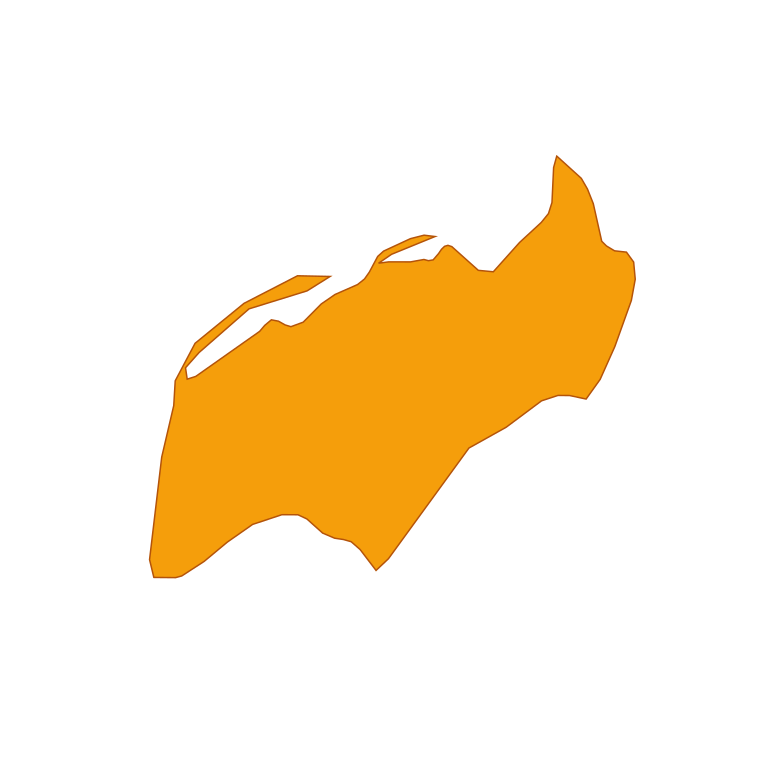 Luanda, Equal Earth projection, rotated 31°
{"feature_id": "AGO-1880", "entity_name": "Luanda", "entity_type": "Province", "adm_level": 1, "iso_a3": "AGO", "parent_name": "Angola", "parent_adm1": "", "projection": "equal_earth", "projection_center": [13.287, -8.956], "detail": "fine", "context": "isolated", "style": "filled", "palette": "amber", "viewbox_px": 768, "rotation_deg": 31, "n_neighbors": 0, "source": "natural_earth", "source_scale": "10m", "svg_char_len": 1224}
<svg xmlns="http://www.w3.org/2000/svg" viewBox="0 0 768 768"><g transform="rotate(31 384 384)"><path d="M286.3,668.3L273.5,655.3L231.1,561.1L214.9,510.8L203.4,488.8L201.1,446.4L222.5,386.9L254.1,335.8L282.4,319.6L270.1,343.8L229.6,389.1L209.3,452.2L205.5,472.3L212.8,481.2L218.7,474.5L250.3,402.9L251.6,395.1L254.4,387.0L261.2,384.5L268.8,384.3L274.7,382.8L282.9,372.6L289.0,347.7L295.9,332.5L310.1,312.4L313.2,304.0L313.8,295.7L312.9,277.9L315.2,270.3L331.8,245.8L341.7,235.8L351.8,231.3L323.7,268.9L317.1,283.3L325.1,276.9L343.8,265.7L354.1,256.7L358.6,255.4L362.2,252.3L363.6,244.1L363.9,238.9L365.0,234.8L367.4,232.2L371.4,231.3L406.3,238.0L419.9,231.5L427.3,192.9L435.6,164.5L437.2,153.2L434.5,141.9L417.9,111.1L414.7,99.7L414.9,99.7L447.2,106.1L458.0,112.1L470.5,121.6L497.1,149.5L503.6,151.1L513.0,151.1L523.9,146.1L535.2,150.9L545.4,164.8L553.0,185.0L562.6,233.1L566.9,268.7L565.0,292.8L549.0,298.3L539.0,304.2L527.7,317.3L511.0,358.1L489.8,395.1L477.8,531.5L473.2,547.9L448.8,538.2L437.1,536.1L429.3,538.2L421.1,541.6L408.2,543.4L387.4,539.4L377.6,540.4L363.8,548.6L343.7,572.0L331.1,600.3L321.2,628.7L309.5,652.7L305.1,657.3L286.4,668.3L286.3,668.3Z" fill="#f59e0b" stroke="#b45309" stroke-width="1.5"/></g></svg>